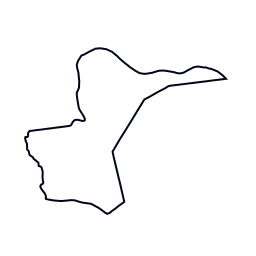 Aguacatán, Huehuetenango, Guatemala (orthographic projection), rotated 83°
{"feature_id": "79465075B67295913435518", "entity_name": "Aguacatán", "entity_type": "district", "adm_level": 2, "iso_a3": "GTM", "parent_name": "Guatemala", "parent_adm1": "Huehuetenango", "projection": "orthographic", "projection_center": [-91.279, 15.403], "detail": "fine", "context": "isolated", "style": "outline", "palette": "ink", "viewbox_px": 256, "rotation_deg": 83, "n_neighbors": 0, "source": "geoboundaries", "source_scale": "gbopen_adm2", "svg_char_len": 1966}
<svg xmlns="http://www.w3.org/2000/svg" viewBox="0 0 256 256"><g transform="rotate(83 128 128)"><path d="M200.8,140.7L179.8,142.9L177.7,143.2L161.6,145.0L159.6,145.2L156.6,145.6L149.6,146.2L139.6,138.6L121.6,124.1L111.7,116.3L101.7,108.3L99.6,102.7L98.8,100.9L95.7,93.5L95.3,92.4L93.5,87.5L92.8,85.7L92.2,84.5L91.6,83.2L91.2,81.7L91.1,24.7L87.3,27.6L82.7,32.3L80.2,36.9L79.3,38.5L79.0,40.0L77.4,43.2L77.2,45.2L75.6,50.6L75.5,52.7L75.8,55.7L76.7,58.1L77.6,60.6L78.8,63.5L79.7,65.6L80.2,69.2L79.9,71.1L79.6,72.2L79.1,73.6L78.3,75.2L77.3,78.5L75.5,84.7L75.0,88.5L75.0,91.0L76.1,97.1L76.4,103.5L76.1,105.9L74.9,109.9L72.2,113.6L70.1,116.0L67.6,118.9L65.4,120.9L63.5,122.9L57.9,128.0L55.1,130.1L53.2,132.0L50.4,134.6L47.2,139.8L45.5,145.7L45.3,150.7L47.8,157.9L49.7,162.5L50.2,164.4L50.3,165.3L55.4,169.5L58.8,171.1L61.9,171.2L66.7,170.5L75.8,170.7L82.2,171.8L86.8,174.5L89.0,174.8L94.0,174.8L97.4,174.6L100.6,174.5L102.0,174.3L103.3,174.1L111.3,170.4L112.7,170.0L113.6,169.8L114.2,169.8L114.9,169.9L115.3,170.2L115.4,170.8L115.5,171.7L115.4,172.8L114.6,174.5L113.7,177.0L113.5,179.4L114.1,180.7L115.3,182.1L118.0,184.0L118.4,184.6L118.6,185.2L118.8,186.2L119.0,226.2L120.1,227.1L120.5,227.5L121.0,227.9L123.2,228.0L123.8,228.2L124.3,228.5L124.6,228.8L124.7,229.2L124.4,230.1L124.4,230.8L124.8,231.1L125.1,231.3L125.5,231.3L127.8,231.2L131.5,230.2L136.9,230.7L139.1,229.3L142.3,229.1L143.0,228.7L145.5,226.0L147.1,225.4L148.0,224.5L149.1,223.4L151.5,221.2L154.9,221.2L155.5,219.5L156.6,218.6L161.3,218.0L166.1,218.8L169.2,218.9L171.7,218.7L172.3,218.9L172.8,219.2L173.1,219.7L173.6,221.1L175.0,222.1L176.0,222.1L177.9,221.4L179.8,220.4L183.1,218.4L185.8,217.8L188.3,218.2L189.4,215.5L191.0,210.0L192.4,202.9L192.7,192.8L193.2,190.3L193.6,188.9L194.3,187.6L195.0,186.0L196.6,182.0L198.7,173.9L204.0,166.5L207.1,163.2L209.1,161.2L210.7,159.1L209.9,156.2L207.9,153.2L206.7,150.8L203.6,145.8L201.8,142.3L200.8,140.7Z" fill="none" stroke="#020617" stroke-width="2"/></g></svg>